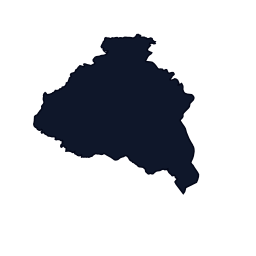 Aiuaba, Ceará, Brazil, rotated 233°
{"feature_id": "56859067B38072225425515", "entity_name": "Aiuaba", "entity_type": "district", "adm_level": 2, "iso_a3": "BRA", "parent_name": "Brazil", "parent_adm1": "Ceará", "projection": "equal_earth", "projection_center": [-40.267, -6.585], "detail": "fine", "context": "isolated", "style": "filled", "palette": "ink", "viewbox_px": 256, "rotation_deg": 233, "n_neighbors": 0, "source": "geoboundaries", "source_scale": "gbopen_adm2", "svg_char_len": 5566}
<svg xmlns="http://www.w3.org/2000/svg" viewBox="0 0 256 256"><g transform="rotate(233 128 128)"><path d="M127.0,195.9L128.5,197.0L130.5,197.4L131.3,197.5L131.6,194.5L132.1,194.0L133.1,195.5L136.3,196.3L138.2,195.7L139.2,194.8L139.3,193.6L139.7,192.3L140.1,191.5L140.7,190.7L141.7,190.9L142.3,193.4L142.9,194.4L143.1,197.0L143.8,197.4L145.0,197.4L145.9,196.3L146.8,194.0L147.4,193.3L148.3,193.2L151.3,193.9L151.8,193.3L151.9,192.3L152.9,190.6L154.2,190.8L155.6,189.3L156.4,187.9L157.7,187.5L161.3,187.6L163.6,187.4L165.7,186.9L166.9,185.9L170.3,182.3L171.2,182.5L173.1,186.6L173.5,187.9L173.6,188.8L173.5,191.2L173.8,192.2L174.9,191.7L175.5,191.2L176.4,190.8L178.0,190.1L178.7,190.4L179.4,191.2L179.9,192.3L180.4,195.4L181.6,195.2L182.5,196.3L181.7,197.0L181.9,198.1L181.3,198.4L179.7,199.4L179.2,200.5L180.1,200.6L180.5,201.6L181.2,200.9L182.3,200.7L183.4,200.4L184.9,201.0L185.7,200.6L186.3,200.1L186.7,198.5L187.3,197.6L187.8,196.7L188.7,196.9L189.2,196.2L189.9,196.0L190.8,195.5L191.6,194.3L192.6,193.2L193.2,192.6L193.9,192.6L194.4,193.6L195.4,192.9L196.5,192.5L197.2,191.3L196.6,189.8L196.1,188.7L196.5,187.6L196.5,186.2L197.2,185.7L197.8,185.2L198.6,184.5L199.5,183.4L200.0,182.8L200.5,182.1L201.1,181.4L201.6,181.0L202.2,180.2L202.6,179.5L202.7,178.6L203.0,177.8L203.7,177.2L204.5,176.4L205.0,175.6L205.2,174.3L206.1,174.1L206.7,173.8L207.3,172.9L207.7,172.1L208.2,170.9L208.9,170.1L209.5,169.6L209.5,168.6L210.1,167.4L211.0,167.0L211.9,166.1L212.7,164.9L213.4,164.8L213.6,163.9L213.1,163.0L212.4,162.6L211.9,161.7L211.5,159.9L210.8,159.0L209.9,156.9L209.1,155.6L208.0,155.4L206.9,156.2L206.0,156.3L205.5,155.3L203.5,155.3L203.0,156.7L201.6,158.3L200.7,157.5L201.3,155.9L200.6,156.2L200.0,155.8L199.9,154.5L200.2,153.5L200.9,151.7L201.5,151.0L202.0,149.9L202.4,148.3L203.9,145.7L204.2,144.3L203.9,143.0L203.5,141.4L202.6,140.7L201.9,140.6L201.2,140.8L199.9,140.7L199.4,139.8L200.0,136.2L200.7,135.3L201.6,134.8L203.1,133.4L204.1,132.8L205.2,132.0L205.5,131.1L204.7,130.8L203.7,130.6L203.4,129.6L204.0,129.0L204.6,128.6L205.6,127.9L206.6,127.1L206.4,125.8L206.3,124.8L205.6,123.1L205.7,121.1L204.7,119.9L204.5,119.0L204.8,117.4L205.4,116.3L205.5,114.7L204.9,114.0L203.3,113.8L203.1,111.3L202.3,110.3L201.5,109.0L200.8,108.3L200.7,107.2L201.0,105.9L200.1,105.0L199.5,103.8L199.3,102.7L199.2,101.8L199.8,100.9L200.1,100.0L199.6,99.3L199.4,98.3L200.2,97.2L199.8,95.8L200.2,94.5L200.9,93.4L201.7,92.6L201.2,91.4L201.0,90.3L201.4,88.9L201.2,88.0L201.6,87.2L201.8,86.2L202.4,84.9L203.0,83.8L204.0,83.0L204.9,83.4L206.1,83.1L205.8,81.5L204.9,80.2L204.1,79.9L203.5,79.2L202.8,78.5L201.9,77.7L200.8,77.2L199.6,76.8L198.6,76.0L198.0,75.0L197.6,73.3L197.3,72.2L196.7,71.8L196.0,71.5L195.2,70.6L194.8,69.3L194.6,68.0L194.2,66.9L193.8,65.5L193.1,63.7L193.3,62.5L193.5,61.3L193.2,60.2L192.2,59.4L191.6,58.9L190.7,58.1L190.0,57.6L189.4,56.9L188.7,56.2L188.0,55.3L187.2,54.8L186.1,54.4L185.1,54.4L184.0,54.7L183.1,55.3L182.2,55.0L181.2,55.0L180.6,55.5L179.8,55.6L179.1,56.6L179.1,57.8L178.3,58.2L177.3,57.6L176.9,56.3L175.9,56.1L175.5,57.1L174.9,58.4L173.9,58.1L173.0,58.2L172.2,58.7L171.5,59.0L170.8,59.4L170.1,59.3L169.4,59.7L168.9,60.4L168.0,61.2L167.0,61.9L166.3,62.8L165.9,63.5L164.6,64.5L163.6,64.2L162.8,63.1L161.9,63.5L161.5,64.5L160.8,65.5L160.0,66.5L158.8,66.7L158.0,67.1L157.5,68.1L156.7,68.0L156.0,66.8L155.1,66.7L155.0,65.7L154.9,64.6L154.2,63.6L153.4,63.1L152.6,63.5L153.0,64.8L152.2,66.0L151.2,65.9L150.4,66.1L149.5,66.7L148.7,66.3L147.8,65.5L146.9,64.5L146.2,65.5L145.7,66.4L145.0,67.1L144.2,67.9L143.4,68.4L142.7,68.7L141.9,69.0L141.5,69.8L141.3,71.2L140.4,70.3L139.3,70.2L138.5,70.7L137.5,71.2L136.7,71.2L135.6,72.0L134.9,73.0L134.3,74.6L133.6,74.2L132.7,73.5L132.2,74.5L131.3,75.3L130.8,76.4L129.9,77.1L129.5,78.1L128.7,78.7L128.1,79.5L127.8,81.0L127.2,82.3L127.5,83.8L127.4,85.3L127.2,86.6L126.4,87.5L125.6,88.2L125.1,89.0L124.0,90.0L123.0,90.8L122.4,91.9L122.3,93.3L121.5,94.0L120.5,94.5L119.5,94.8L118.2,95.4L117.5,95.7L116.4,96.2L115.6,96.6L114.9,96.9L114.2,97.1L113.0,97.5L112.1,97.8L111.1,98.0L110.2,98.6L109.6,99.5L109.1,100.7L109.0,101.9L109.1,103.1L109.0,104.4L108.7,105.2L108.4,106.2L107.9,107.3L107.8,109.1L106.9,110.1L105.9,110.4L105.2,110.5L104.4,110.7L103.2,110.5L102.1,110.3L101.0,110.3L100.3,110.5L99.0,111.2L97.8,111.2L97.2,111.7L96.3,112.1L95.3,112.3L94.5,112.5L93.4,113.0L92.5,113.1L91.3,113.2L90.4,113.6L89.4,114.7L87.9,116.2L87.0,116.8L86.0,116.7L84.9,117.1L84.1,116.8L83.5,116.5L82.8,116.1L82.1,116.0L81.1,116.2L80.0,116.4L79.2,116.6L78.7,117.3L78.4,118.5L77.7,119.2L76.9,119.6L76.4,120.8L76.7,122.0L76.7,123.0L76.7,124.4L76.1,125.9L75.4,127.0L74.8,128.2L74.6,129.7L74.4,130.7L73.8,131.6L72.6,132.3L72.2,133.1L71.6,133.8L71.4,135.1L70.1,134.3L68.9,134.2L67.9,134.0L65.9,134.3L64.7,134.6L63.6,134.5L63.0,135.0L62.7,136.1L62.2,136.7L61.4,136.8L60.8,136.5L60.1,136.2L59.3,136.3L58.5,136.6L57.5,136.8L57.0,134.2L56.6,133.1L54.1,132.7L46.9,132.7L42.4,132.7L43.0,134.6L43.4,135.3L45.8,138.3L45.5,139.3L43.5,150.0L44.8,152.3L46.8,154.9L48.5,156.3L50.7,156.7L56.6,157.0L59.0,157.3L60.4,157.1L62.4,157.1L63.5,158.5L64.8,161.0L66.5,163.4L69.5,166.5L70.2,167.0L71.7,168.0L73.5,168.8L74.3,168.8L75.7,169.2L78.7,169.5L82.1,170.0L83.1,170.2L85.5,170.8L89.3,171.8L93.0,173.3L95.3,173.6L98.8,173.7L102.4,174.0L103.1,174.6L103.6,177.7L104.3,178.9L105.9,180.0L106.4,180.7L106.7,181.7L107.0,183.4L107.7,188.3L108.2,189.8L109.0,190.7L110.4,192.1L111.2,197.0L111.9,198.2L112.7,198.9L113.8,199.2L115.3,199.1L116.3,198.8L119.2,195.7L121.3,194.3L122.8,194.0L124.4,194.4L126.1,195.0L127.0,195.9Z" fill="#0f172a" stroke="#020617" stroke-width="1.5"/></g></svg>